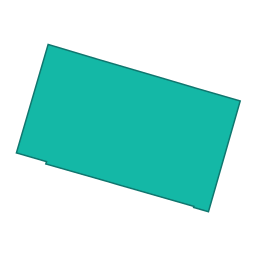 outline of Lyon, Kansas, United States of America, rotated 106°
{"feature_id": "52423323B39562727260187", "entity_name": "Lyon", "entity_type": "district", "adm_level": 2, "iso_a3": "USA", "parent_name": "United States of America", "parent_adm1": "Kansas", "projection": "natural_earth1", "projection_center": [-96.128, 38.455], "detail": "fine", "context": "isolated", "style": "filled", "palette": "teal", "viewbox_px": 256, "rotation_deg": 106, "n_neighbors": 0, "source": "geoboundaries", "source_scale": "gbopen_adm2", "svg_char_len": 339}
<svg xmlns="http://www.w3.org/2000/svg" viewBox="0 0 256 256"><g transform="rotate(106 128 128)"><path d="M70.7,104.4L70.3,176.3L69.7,227.8L182.7,228.4L182.8,197.0L185.2,197.1L185.1,135.4L185.2,120.0L185.2,43.0L186.3,43.0L186.3,27.6L118.1,27.6L71.1,27.6L71.0,73.6L70.7,104.4Z" fill="#14b8a6" stroke="#0f766e" stroke-width="1.5"/></g></svg>